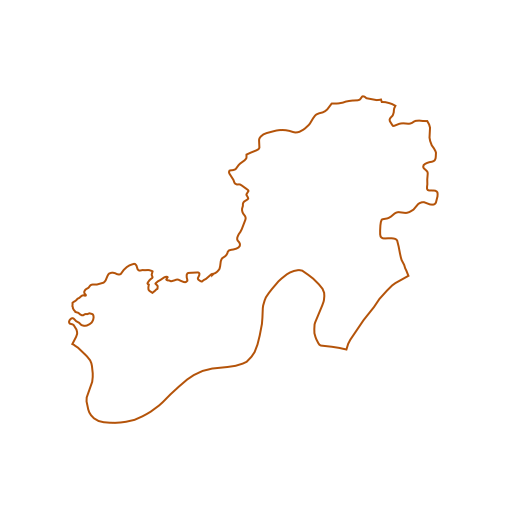 outline of Nha Be, Hồ Chí Minh city, Vietnam, rotated 76°
{"feature_id": "81297802B80984092880643", "entity_name": "Nha Be", "entity_type": "district", "adm_level": 2, "iso_a3": "VNM", "parent_name": "Vietnam", "parent_adm1": "Hồ Chí Minh city", "projection": "robinson", "projection_center": [106.723, 10.651], "detail": "fine", "context": "isolated", "style": "outline", "palette": "amber", "viewbox_px": 512, "rotation_deg": 76, "n_neighbors": 0, "source": "geoboundaries", "source_scale": "gbopen_adm2", "svg_char_len": 6084}
<svg xmlns="http://www.w3.org/2000/svg" viewBox="0 0 512 512"><g transform="rotate(76 256 256)"><path d="M155.3,240.7L158.1,241.4L159.0,241.9L160.4,243.9L162.5,249.1L163.6,250.9L166.6,254.5L167.0,255.6L167.1,257.6L166.7,260.4L166.8,261.1L168.0,261.9L169.5,261.9L176.7,259.5L179.7,259.2L180.9,258.6L182.0,257.2L182.4,255.1L182.8,254.1L184.2,252.7L189.8,248.0L190.6,247.6L191.1,247.6L193.8,250.3L194.4,250.5L197.2,249.7L198.4,249.7L199.0,250.4L200.3,254.3L200.9,255.1L201.7,255.8L202.6,256.2L204.2,256.6L206.8,258.1L208.5,258.5L210.2,258.5L211.7,258.2L214.6,257.0L215.9,256.8L217.2,257.0L218.5,257.7L226.5,263.3L228.9,265.4L230.5,267.3L231.9,268.5L233.6,269.7L235.1,270.2L236.5,270.1L238.7,269.0L240.3,268.7L241.4,268.9L242.4,269.4L243.5,270.9L244.1,273.3L244.2,276.5L244.0,278.4L244.0,280.7L245.0,282.3L246.2,283.0L247.6,284.2L248.7,285.8L250.0,289.4L251.0,290.4L252.7,291.5L257.3,293.3L259.6,294.5L260.5,295.5L261.8,297.4L262.7,299.5L262.9,301.2L263.9,303.0L263.3,302.8L262.8,303.0L263.0,303.9L266.1,310.0L266.7,312.5L267.7,314.7L267.0,315.9L265.3,317.4L264.7,317.8L263.5,317.8L260.9,315.7L259.6,315.2L259.2,315.2L258.4,315.6L257.9,316.3L256.2,325.0L256.1,326.0L256.3,326.7L257.2,327.6L257.8,327.9L260.0,328.4L262.5,328.4L263.4,328.6L264.2,330.0L264.3,331.1L263.7,332.5L261.9,335.0L260.3,336.9L259.8,338.0L259.7,339.2L259.9,340.9L260.0,344.0L259.9,344.7L258.7,346.3L258.3,347.6L257.6,348.5L257.2,348.7L256.9,348.6L255.2,346.9L254.9,347.0L254.5,347.8L254.4,348.7L254.5,350.1L256.2,354.8L256.8,357.2L258.1,359.8L258.4,360.2L258.7,360.2L260.6,359.0L261.5,358.7L263.9,359.5L264.1,359.8L264.4,361.0L265.2,362.2L266.7,365.4L264.2,367.7L263.1,368.3L262.2,368.4L260.3,368.0L257.8,366.9L257.1,367.7L256.3,367.9L255.6,367.4L253.8,365.3L253.0,363.9L252.3,362.2L251.9,361.7L251.4,361.5L249.0,361.8L245.9,360.1L245.3,360.7L243.9,363.0L243.5,364.1L242.9,367.2L242.2,369.5L242.1,371.8L241.9,372.8L241.3,373.5L240.1,374.1L236.5,374.3L235.7,374.6L234.5,375.3L234.1,376.2L234.2,378.4L234.5,381.1L235.5,384.1L237.5,387.7L240.7,391.5L240.9,392.5L240.8,393.5L240.0,395.2L238.6,396.9L237.5,399.1L237.3,400.6L237.5,402.7L238.1,403.7L239.4,404.9L243.4,407.9L244.5,409.4L245.0,410.4L245.2,417.4L244.3,420.8L244.1,421.9L244.2,423.2L244.6,424.1L246.3,426.2L247.0,428.7L247.5,429.8L248.7,431.0L249.4,431.4L250.3,431.5L251.2,431.3L252.4,430.6L253.1,430.7L253.2,431.4L252.3,433.1L252.4,434.5L252.7,435.3L253.9,437.6L254.3,439.5L255.4,441.1L256.0,442.5L256.5,444.3L257.1,445.4L259.0,445.8L260.2,446.3L261.4,446.1L262.4,446.3L264.3,445.8L266.2,444.8L266.6,444.8L268.2,442.1L270.2,440.7L271.4,439.3L271.7,438.1L271.1,436.1L271.1,435.4L271.6,433.7L271.3,431.5L272.1,430.0L272.9,428.7L273.7,428.3L274.7,428.2L276.2,428.4L277.8,429.1L278.7,429.6L280.1,430.8L280.9,431.7L281.9,434.0L282.5,436.8L282.5,438.0L282.1,439.8L281.1,441.6L280.5,442.3L278.0,443.8L275.7,446.3L273.2,447.7L272.5,448.2L272.0,448.9L271.9,449.6L272.0,450.4L272.5,451.4L273.2,452.4L274.3,453.2L275.0,453.4L276.0,453.3L276.6,453.0L278.0,450.5L279.0,449.6L284.0,448.0L286.5,448.0L288.3,448.4L290.9,450.1L297.0,455.5L298.2,454.1L299.4,453.2L301.9,450.9L311.3,445.0L312.7,444.2L317.1,442.2L320.3,441.7L323.1,441.8L330.3,442.8L333.9,443.7L338.5,445.4L352.3,454.5L356.1,455.6L364.3,455.9L367.4,455.6L370.6,454.6L374.3,452.5L378.0,448.7L380.4,444.1L382.4,438.2L383.8,433.1L384.8,427.5L385.4,422.2L385.6,413.5L384.1,405.0L382.9,400.3L381.6,395.9L377.6,386.2L375.3,381.9L369.5,372.4L364.2,362.7L359.2,352.7L356.5,345.2L354.6,335.8L354.6,325.8L356.8,310.5L357.6,302.4L357.2,294.9L356.4,290.7L352.6,284.7L348.9,280.6L342.3,276.0L334.2,271.7L323.4,266.7L317.4,264.7L308.2,262.0L305.7,261.0L301.1,258.3L298.5,256.4L295.1,252.6L292.1,248.8L286.0,240.3L284.0,236.6L281.2,230.4L280.2,226.9L279.7,222.8L279.9,218.6L280.3,217.1L281.4,214.7L287.0,209.8L291.8,206.0L298.6,201.9L303.9,199.4L308.2,198.8L311.4,199.4L315.1,200.7L316.7,201.5L320.0,203.7L334.8,214.7L336.5,215.7L341.0,217.1L345.1,218.0L349.0,217.9L351.4,217.6L355.7,216.6L357.5,215.9L358.6,214.7L362.4,204.4L365.3,197.5L368.6,190.9L363.5,187.8L360.0,184.7L344.2,167.1L334.1,153.9L327.5,146.6L321.2,137.2L317.5,131.0L316.0,127.3L312.1,112.9L306.3,113.7L304.1,114.2L300.5,114.4L295.1,115.7L292.3,115.8L288.4,115.7L281.3,115.3L275.2,115.3L274.1,115.8L273.1,116.8L272.4,118.1L271.5,120.4L270.7,123.8L270.2,126.5L269.6,128.5L268.6,129.7L267.3,130.4L265.0,130.3L261.3,129.4L256.4,127.9L253.2,126.6L251.4,125.4L251.0,124.8L251.0,123.9L251.3,119.5L251.1,117.9L250.4,115.5L248.3,111.2L247.9,109.7L247.8,108.4L247.9,107.1L250.3,100.8L250.6,99.3L250.5,96.8L250.1,95.2L249.1,92.0L244.9,86.2L244.3,84.6L244.0,82.2L244.4,80.0L248.0,74.8L248.6,73.2L249.0,71.8L249.0,70.7L248.6,69.6L247.7,68.5L242.1,65.5L239.9,64.8L238.2,64.6L237.1,65.1L236.0,66.3L235.4,67.9L234.3,72.2L233.5,73.4L232.2,73.8L230.2,73.3L227.9,72.4L223.1,71.3L217.8,69.5L216.7,69.3L215.5,69.4L213.6,70.5L211.6,71.9L210.6,72.2L209.7,72.1L208.3,71.3L207.5,69.5L207.1,67.5L206.9,65.0L207.1,62.5L206.9,60.8L206.5,59.7L205.9,59.0L204.6,58.1L203.0,57.5L199.4,56.4L197.8,56.5L194.7,57.3L191.1,58.7L186.5,59.2L183.1,59.0L173.6,56.1L170.3,56.2L166.5,57.2L165.4,61.4L164.1,64.9L163.5,68.4L163.7,69.9L164.6,72.5L164.8,74.6L164.6,76.0L162.9,80.9L162.5,83.1L162.4,85.0L163.1,90.3L163.0,91.5L161.9,92.1L157.6,93.5L156.1,93.4L155.3,92.9L154.4,92.0L152.9,89.6L152.1,88.9L149.9,87.6L147.8,86.9L146.2,86.2L144.0,84.4L141.5,87.2L139.9,89.7L138.0,93.3L137.0,96.7L134.4,96.9L134.4,98.3L133.9,101.3L129.6,110.7L128.1,111.8L127.5,112.4L127.1,113.2L126.9,113.8L126.9,114.2L127.1,114.6L129.1,117.0L129.4,117.7L129.5,118.5L129.5,119.8L128.5,124.9L128.1,128.2L127.9,131.5L128.2,134.6L127.9,139.0L127.5,141.2L126.4,145.7L131.0,151.4L132.2,153.9L132.8,156.5L132.8,160.2L133.2,162.8L133.5,163.7L134.2,164.9L136.2,167.3L140.6,171.7L141.7,173.2L144.1,177.6L144.9,179.6L146.0,183.8L146.0,185.9L145.7,187.9L144.7,190.0L142.7,193.3L141.2,196.6L140.2,199.7L139.5,202.9L139.2,205.8L139.2,209.0L139.3,216.0L139.8,219.4L141.2,222.4L142.3,223.8L143.5,224.7L144.8,225.1L151.7,226.5L152.3,227.0L153.0,227.8L153.6,230.1L154.4,235.9L155.3,240.7Z" fill="none" stroke="#b45309" stroke-width="2"/></g></svg>